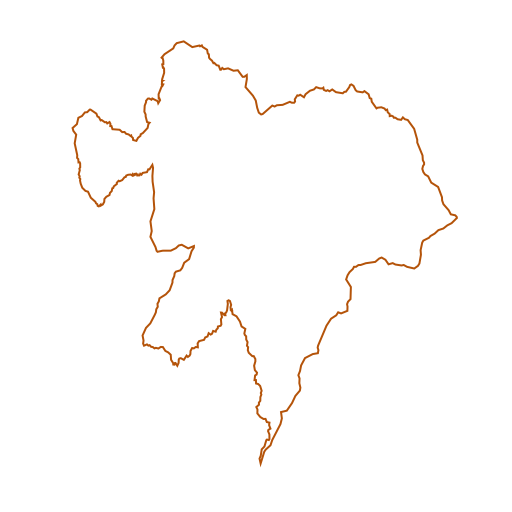 El Dovio, Valle del Cauca, Colombia (Equal Earth projection), rotated 186°
{"feature_id": "7082276B38814266492224", "entity_name": "El Dovio", "entity_type": "district", "adm_level": 2, "iso_a3": "COL", "parent_name": "Colombia", "parent_adm1": "Valle del Cauca", "projection": "equal_earth", "projection_center": [-76.261, 4.561], "detail": "fine", "context": "isolated", "style": "outline", "palette": "amber", "viewbox_px": 512, "rotation_deg": 186, "n_neighbors": 0, "source": "geoboundaries", "source_scale": "gbopen_adm2", "svg_char_len": 6109}
<svg xmlns="http://www.w3.org/2000/svg" viewBox="0 0 512 512"><g transform="rotate(186 256 256)"><path d="M284.1,435.0L286.4,433.0L288.0,432.8L293.5,438.8L297.7,437.9L303.4,439.7L307.5,438.4L309.2,439.5L310.3,437.6L311.0,437.5L313.0,441.4L315.1,441.6L317.7,443.7L318.5,443.3L320.2,445.7L322.4,447.2L323.4,448.3L324.0,451.7L325.1,452.3L326.2,456.0L331.1,458.4L331.9,459.8L333.6,458.7L334.3,459.4L341.2,457.1L350.3,461.9L357.1,459.4L359.0,456.9L360.0,453.8L368.1,447.1L371.2,442.6L370.5,443.4L369.6,443.2L368.6,440.6L368.2,437.2L369.3,436.8L368.3,433.6L367.8,433.8L367.0,432.7L366.5,428.5L367.8,422.1L367.8,420.4L367.2,420.4L367.7,420.0L367.6,417.1L366.2,417.0L366.9,415.2L367.4,415.3L369.8,406.7L369.2,402.5L368.6,402.7L367.7,401.0L369.2,397.7L370.0,399.7L375.6,401.8L376.3,400.5L378.8,401.5L380.0,401.2L381.6,398.8L381.4,397.6L382.4,393.9L382.1,387.8L380.6,385.3L380.3,383.1L378.3,377.8L375.8,377.4L376.8,375.9L377.2,372.0L381.4,366.4L383.4,365.0L383.5,363.4L385.7,361.2L387.0,358.0L390.3,358.5L390.8,360.6L392.4,361.8L392.7,362.8L393.4,362.3L395.4,363.6L398.0,364.0L399.7,365.6L402.0,365.2L404.8,367.3L412.0,367.1L413.3,370.1L414.5,370.0L414.6,372.3L415.7,373.9L417.8,372.3L418.8,373.5L420.3,373.2L423.7,375.1L424.7,374.6L426.7,377.6L428.3,378.2L429.6,380.9L435.9,384.3L436.7,384.2L438.9,381.4L441.2,380.9L443.7,377.0L447.1,374.9L447.9,368.4L451.8,364.1L450.7,361.3L447.5,357.9L448.1,349.1L444.3,337.5L444.2,334.9L442.9,333.8L442.3,330.5L441.2,330.8L440.6,329.8L440.1,325.8L440.8,324.3L440.2,323.0L440.9,318.6L439.7,316.9L439.9,315.4L438.8,314.2L438.9,312.7L437.9,309.6L435.9,305.7L432.4,302.9L429.8,302.4L426.4,296.7L421.4,293.1L420.6,291.7L419.2,290.9L418.7,289.3L417.5,288.9L415.9,290.9L415.6,289.9L413.7,291.3L412.6,294.0L412.7,296.9L411.0,299.3L408.1,301.3L407.8,303.6L406.3,305.4L406.0,308.3L405.1,308.7L404.7,310.4L401.9,313.1L402.1,314.3L400.5,316.5L399.4,316.1L397.0,317.5L395.0,320.6L393.8,321.0L393.5,322.4L391.7,323.4L389.2,323.9L387.7,323.2L387.3,324.2L386.6,323.0L385.1,323.9L385.8,324.4L385.6,324.9L384.0,324.6L384.0,326.1L383.2,324.5L382.3,324.7L382.3,323.7L380.3,324.0L379.7,325.7L378.4,324.9L377.4,326.8L373.2,328.0L372.2,331.0L371.0,331.0L368.6,335.8L367.6,332.9L367.4,324.8L366.6,319.1L364.0,308.8L363.9,302.6L362.0,292.0L364.6,279.4L362.3,269.9L363.0,264.0L356.9,254.4L355.4,250.8L354.4,249.9L349.5,251.5L341.3,252.4L336.5,255.4L333.9,258.4L331.0,259.4L324.2,256.5L318.8,259.4L318.7,257.8L320.6,254.0L322.2,245.9L326.7,241.8L328.2,236.4L329.8,233.8L334.0,232.1L335.1,230.3L335.2,227.4L336.5,223.4L336.3,220.8L338.3,212.9L341.7,208.4L347.6,203.8L347.9,200.7L349.0,198.2L348.4,195.2L349.6,192.6L349.7,189.5L350.7,186.5L354.1,177.9L357.9,173.0L360.5,165.1L359.0,160.1L359.1,157.1L358.0,155.1L355.2,156.7L353.7,155.6L352.5,156.2L350.8,154.7L349.2,154.7L347.3,153.5L346.0,154.2L343.4,153.8L341.2,155.6L339.1,155.7L336.2,152.1L333.3,151.0L330.5,148.9L329.6,143.9L327.1,140.7L326.9,139.4L325.8,139.4L325.4,141.1L324.9,141.2L322.8,138.6L321.8,141.6L322.0,145.0L321.5,146.0L320.1,146.5L316.9,145.2L314.6,149.7L313.2,148.5L311.6,150.0L311.0,151.6L311.2,154.7L309.9,157.8L308.2,157.6L306.4,159.2L304.3,159.1L304.9,163.0L303.7,165.4L298.9,167.2L298.0,169.7L295.8,170.9L295.0,174.3L292.9,173.1L291.6,174.1L290.8,177.0L288.2,176.5L287.7,178.7L286.5,180.0L286.5,181.9L283.9,182.9L283.3,184.3L284.3,189.5L283.4,191.7L284.9,196.1L283.9,196.1L281.1,193.8L280.2,193.9L280.8,195.7L279.8,196.6L279.1,198.8L279.0,205.4L279.7,208.3L278.6,209.1L277.2,208.5L275.6,204.8L276.0,202.5L275.4,199.7L274.3,198.5L274.1,199.1L274.9,199.4L274.3,200.1L273.2,195.7L269.1,194.0L265.1,189.1L263.0,184.4L259.0,182.4L259.5,177.8L258.9,176.4L257.4,175.1L257.0,171.9L255.4,169.5L255.6,165.8L254.3,164.5L254.3,161.5L253.1,159.0L249.2,156.0L247.8,156.2L245.9,153.5L245.6,151.2L246.4,146.7L245.2,142.4L242.8,140.1L243.0,138.2L244.4,137.1L244.5,132.4L243.1,132.6L242.6,129.2L240.4,128.9L238.3,127.2L236.3,122.5L236.9,120.2L236.2,118.7L236.9,116.2L236.6,112.4L237.8,110.5L237.5,108.4L239.9,105.8L238.5,103.5L238.2,99.6L234.9,96.3L231.5,94.7L229.5,95.0L227.9,92.0L225.2,91.7L225.3,89.2L223.6,85.8L225.5,84.4L225.7,83.1L224.0,79.9L223.5,75.3L224.0,74.3L225.9,74.6L226.5,73.9L227.7,67.4L230.1,64.3L230.4,57.9L231.3,54.9L229.7,50.1L227.3,62.3L226.1,64.5L221.8,69.3L220.6,74.7L214.1,91.4L213.3,97.2L214.8,103.4L209.2,105.4L204.8,113.5L202.2,121.0L198.3,126.7L198.1,129.7L199.6,134.0L199.9,138.8L201.4,141.9L200.2,146.2L199.7,151.9L196.6,159.6L189.3,164.4L184.3,165.8L184.1,168.9L185.1,171.3L184.9,173.3L178.6,194.1L174.8,201.5L170.0,205.4L168.4,208.6L165.4,207.8L159.4,211.0L159.7,215.3L160.4,217.6L159.7,220.2L157.5,223.0L158.4,235.1L163.9,242.1L162.9,246.4L161.3,249.7L158.3,253.2L157.4,255.5L155.4,255.7L153.2,257.7L151.0,258.0L146.0,260.3L136.8,262.6L133.2,266.4L130.9,267.6L126.9,265.8L123.3,261.6L119.3,263.2L116.5,262.1L110.2,261.8L108.2,262.5L104.6,261.0L97.3,260.1L93.9,263.1L92.7,265.6L92.1,274.5L92.9,279.0L92.1,286.7L91.2,288.8L85.9,292.2L84.6,294.1L80.7,296.9L77.3,300.8L72.6,302.9L68.9,306.5L64.9,309.1L60.2,314.8L60.5,315.9L62.1,317.3L66.6,317.8L69.2,321.7L75.0,327.1L76.7,330.7L77.2,333.9L82.1,343.7L89.4,347.3L93.1,353.2L96.5,354.8L98.3,356.9L99.7,360.0L99.3,363.0L98.4,364.7L98.6,366.4L100.1,368.7L100.9,373.4L107.5,385.7L107.8,388.5L112.0,399.0L119.3,407.1L122.3,407.6L124.4,409.2L125.9,406.6L129.5,406.8L131.8,408.1L133.4,407.9L134.0,409.0L135.8,409.7L137.6,409.1L137.9,411.1L140.0,412.7L140.9,415.3L142.2,414.6L143.6,416.1L146.9,417.0L150.5,416.2L151.6,415.4L157.0,421.5L157.8,424.5L159.4,424.9L160.9,428.6L165.4,431.3L167.0,429.9L172.6,430.2L174.2,431.3L176.8,435.4L179.1,436.6L180.3,435.9L180.9,433.7L183.7,428.8L185.3,428.5L186.7,426.9L193.6,427.3L197.6,429.6L200.1,427.5L202.1,428.4L203.5,427.5L205.9,428.3L206.6,430.4L207.4,429.6L210.1,429.4L213.8,430.2L215.8,427.7L219.6,426.0L223.6,422.1L224.9,418.9L228.9,421.0L230.4,419.9L231.7,420.1L233.8,415.9L233.3,413.7L234.1,412.4L236.6,412.2L238.4,412.9L245.3,409.1L251.0,408.1L253.1,406.6L255.5,407.3L264.2,397.9L265.7,397.3L268.2,398.9L270.3,403.5L272.5,410.6L275.8,415.1L284.1,422.9L283.6,431.0L284.1,435.0Z" fill="none" stroke="#b45309" stroke-width="2"/></g></svg>